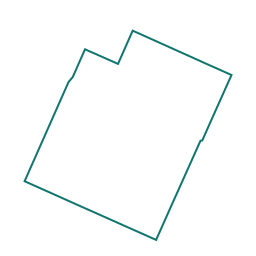 Mayes, Oklahoma, United States of America, rotated 204°
{"feature_id": "52423323B2664588316143", "entity_name": "Mayes", "entity_type": "district", "adm_level": 2, "iso_a3": "USA", "parent_name": "United States of America", "parent_adm1": "Oklahoma", "projection": "albers", "projection_center": [-95.237, 36.292], "detail": "fine", "context": "isolated", "style": "outline", "palette": "teal", "viewbox_px": 256, "rotation_deg": 204, "n_neighbors": 0, "source": "geoboundaries", "source_scale": "gbopen_adm2", "svg_char_len": 415}
<svg xmlns="http://www.w3.org/2000/svg" viewBox="0 0 256 256"><g transform="rotate(204 128 128)"><path d="M133.1,218.7L158.0,218.8L163.3,218.8L163.2,182.5L199.3,182.4L199.2,158.3L199.2,152.1L201.0,145.8L201.0,133.8L200.8,37.3L140.8,37.2L92.8,37.2L56.8,37.2L56.8,73.5L56.7,103.1L56.7,105.4L56.6,145.9L55.1,146.8L55.1,170.0L55.0,218.5L80.4,218.5L133.1,218.7Z" fill="none" stroke="#0f766e" stroke-width="2"/></g></svg>